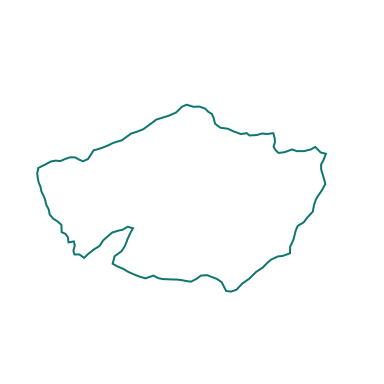 Tarabai, São Paulo, Brazil, rotated 236°
{"feature_id": "56859067B13079044962681", "entity_name": "Tarabai", "entity_type": "district", "adm_level": 2, "iso_a3": "BRA", "parent_name": "Brazil", "parent_adm1": "São Paulo", "projection": "equal_earth", "projection_center": [-51.622, -22.363], "detail": "fine", "context": "isolated", "style": "outline", "palette": "teal", "viewbox_px": 384, "rotation_deg": 236, "n_neighbors": 0, "source": "geoboundaries", "source_scale": "gbopen_adm2", "svg_char_len": 1936}
<svg xmlns="http://www.w3.org/2000/svg" viewBox="0 0 384 384"><g transform="rotate(236 192 192)"><path d="M197.7,65.7L198.7,71.2L199.2,78.1L199.0,85.3L201.6,91.4L202.2,96.4L203.0,103.2L201.2,109.2L199.5,113.4L199.2,119.2L194.9,122.8L193.0,118.8L189.1,112.4L184.7,106.1L182.3,100.4L182.0,91.9L176.9,86.1L171.9,88.6L166.8,92.0L161.6,94.4L157.2,97.1L151.0,101.3L146.4,105.2L144.3,113.2L139.4,115.9L136.0,119.3L131.2,125.8L127.5,131.0L124.4,134.5L120.9,138.0L118.2,141.1L117.5,147.1L117.7,152.8L114.5,158.1L111.2,160.4L106.1,164.0L100.5,166.2L95.4,165.5L90.8,165.0L87.6,168.7L86.1,174.3L88.0,182.6L88.1,190.8L89.9,200.6L89.8,208.4L91.2,215.0L91.7,219.7L90.6,227.0L88.2,231.7L86.4,239.0L91.8,242.8L95.8,249.5L102.0,256.4L104.8,260.7L104.4,267.6L106.3,273.2L108.2,281.2L111.0,283.9L113.7,286.7L116.1,290.0L118.1,293.7L119.8,298.3L121.7,302.5L124.1,307.0L129.2,308.8L134.0,310.3L138.7,311.8L142.6,314.4L145.1,319.1L148.8,324.4L152.8,320.8L160.4,319.4L160.8,314.4L163.3,307.6L167.2,301.8L171.3,298.8L173.3,290.8L176.1,285.5L180.1,284.7L184.0,285.0L187.2,288.9L190.6,290.7L195.3,292.3L198.1,286.7L201.3,282.8L203.0,277.5L206.8,271.2L210.2,270.3L212.7,264.9L219.4,260.1L224.4,257.1L229.5,251.4L235.7,249.3L241.5,251.4L245.7,252.1L249.5,250.3L253.8,249.5L258.6,246.0L261.7,241.0L267.4,236.3L268.3,231.2L266.8,223.4L268.3,215.0L270.0,209.7L272.0,202.8L271.6,195.6L271.3,186.6L272.8,179.9L274.5,174.2L274.3,168.7L274.1,162.6L275.6,158.1L276.9,153.6L277.5,148.6L278.6,143.6L279.9,138.5L281.6,133.7L279.5,129.0L277.5,124.2L278.4,118.8L282.2,116.4L286.0,114.5L288.9,110.4L290.4,105.0L291.2,100.2L294.2,96.6L296.2,92.1L296.8,85.9L297.9,78.1L294.2,74.2L289.9,72.0L285.7,70.2L281.3,69.4L276.8,67.5L273.2,67.0L268.7,66.2L262.7,64.0L257.8,63.5L252.8,61.4L247.6,62.0L243.0,64.0L237.9,65.4L231.6,61.5L228.1,63.7L223.8,63.8L219.3,61.4L217.1,66.4L213.3,65.0L209.7,60.9L206.0,59.6L203.1,63.8L197.7,65.7Z" fill="none" stroke="#0f766e" stroke-width="2"/></g></svg>